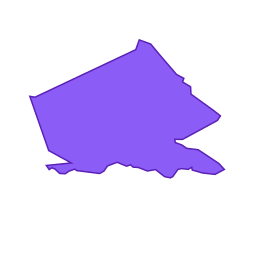 outline of Uchtepa, Tashkent, Uzbekistan, rotated 247°
{"feature_id": "79887680B78178339313098", "entity_name": "Uchtepa", "entity_type": "district", "adm_level": 2, "iso_a3": "UZB", "parent_name": "Uzbekistan", "parent_adm1": "Tashkent", "projection": "robinson", "projection_center": [69.122, 41.261], "detail": "fine", "context": "isolated", "style": "filled", "palette": "violet", "viewbox_px": 256, "rotation_deg": 247, "n_neighbors": 0, "source": "geoboundaries", "source_scale": "gbopen_adm2", "svg_char_len": 800}
<svg xmlns="http://www.w3.org/2000/svg" viewBox="0 0 256 256"><g transform="rotate(247 128 128)"><path d="M103.0,217.8L110.0,214.0L134.5,199.2L141.5,201.7L149.1,196.2L151.9,198.8L158.3,193.6L180.9,186.4L196.4,181.7L204.7,172.8L197.1,165.8L194.9,109.9L192.7,54.5L195.5,50.0L138.2,46.2L118.0,62.1L125.4,38.2L120.5,39.2L121.1,42.3L118.7,44.8L112.9,47.3L110.4,52.3L111.3,56.6L111.0,62.8L108.8,64.2L97.2,84.1L97.7,88.9L101.1,94.4L100.7,104.6L93.4,111.8L93.1,116.0L90.0,117.4L87.6,122.1L80.8,129.1L79.0,137.0L76.8,138.3L68.9,142.7L65.5,147.7L65.8,150.3L70.4,157.8L69.7,161.4L66.4,167.3L66.9,171.3L64.2,170.7L57.5,179.0L51.3,190.0L52.2,200.5L59.8,197.8L80.6,184.1L86.4,174.0L91.3,171.0L96.2,165.8L99.3,166.7L96.2,173.7L100.0,213.2L103.0,217.8Z" fill="#8b5cf6" stroke="#5b21b6" stroke-width="1.5"/></g></svg>